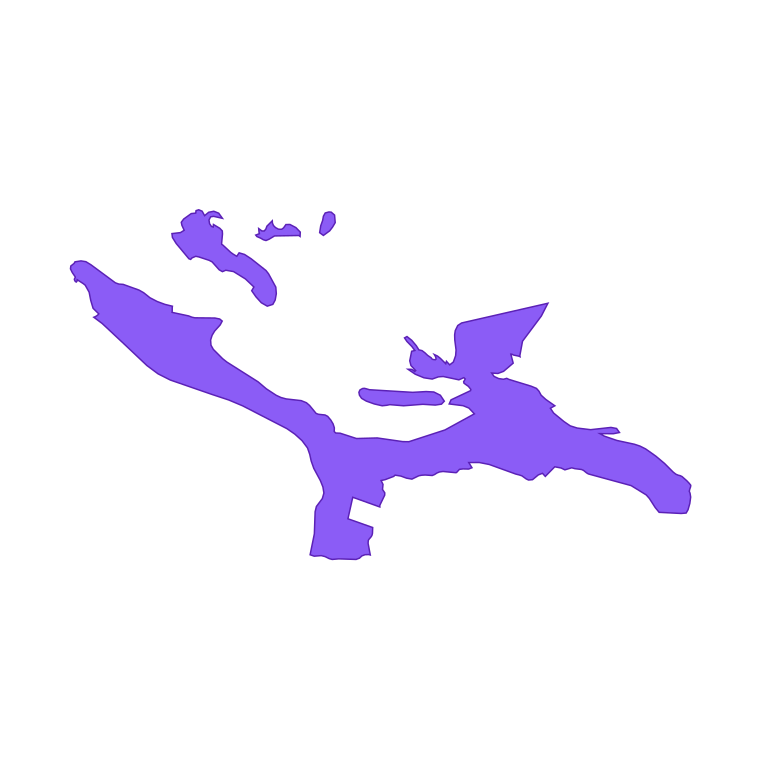 Quezon, Equal Earth projection, rotated 315°
{"feature_id": "PHL-2572", "entity_name": "Quezon", "entity_type": "Province", "adm_level": 1, "iso_a3": "PHL", "parent_name": "Philippines", "parent_adm1": "", "projection": "equal_earth", "projection_center": [122.011, 14.191], "detail": "fine", "context": "isolated", "style": "filled", "palette": "violet", "viewbox_px": 768, "rotation_deg": 315, "n_neighbors": 0, "source": "natural_earth", "source_scale": "10m", "svg_char_len": 5172}
<svg xmlns="http://www.w3.org/2000/svg" viewBox="0 0 768 768"><g transform="rotate(315 384 384)"><path d="M251.9,79.1L256.8,82.7L259.7,86.7L261.1,92.5L265.6,122.5L267.2,125.9L270.0,129.1L277.2,144.4L278.6,149.5L279.5,157.5L282.0,165.4L285.4,172.8L289.4,179.4L288.2,180.3L285.9,182.6L284.8,183.5L294.0,197.7L295.4,200.9L297.1,203.5L311.1,217.8L313.8,221.9L314.1,225.1L309.9,226.4L301.8,226.8L296.9,228.0L292.5,230.3L289.1,234.2L287.8,238.8L287.8,252.0L288.4,257.3L296.5,293.4L297.4,304.2L299.8,315.8L301.6,320.7L304.3,325.4L313.7,337.2L315.9,342.4L316.2,346.5L315.2,356.8L316.2,359.0L320.4,364.2L321.3,367.0L320.9,371.8L319.8,376.2L317.9,379.9L315.2,382.4L315.2,384.5L318.2,387.8L326.0,403.1L341.1,417.4L356.6,438.1L360.8,442.4L394.6,459.6L426.8,469.0L427.0,461.0L424.6,455.3L416.0,444.2L420.2,442.6L440.5,449.9L441.6,449.2L442.0,445.3L441.1,440.1L441.9,438.7L445.0,437.9L445.0,436.0L439.9,434.0L431.2,420.6L427.5,417.4L421.6,414.6L416.6,407.8L413.0,399.1L411.4,390.6L413.7,392.9L414.2,394.2L414.6,396.9L415.9,396.9L416.1,390.0L418.6,385.8L426.7,380.4L429.5,382.1L430.2,377.1L430.3,370.1L431.1,365.9L433.8,366.7L434.5,372.7L433.9,379.8L432.8,384.5L434.5,387.3L435.0,390.8L435.1,394.7L435.9,398.8L435.6,399.9L435.9,401.2L437.4,403.1L438.4,403.2L439.4,401.9L440.1,400.1L440.4,398.8L441.6,402.1L442.0,405.7L442.0,413.3L444.2,412.1L444.0,416.9L448.6,417.5L454.7,414.6L459.0,410.9L465.2,402.9L468.7,399.2L472.2,396.6L477.5,394.8L482.0,395.7L557.0,442.8L543.3,447.2L512.2,451.7L500.1,460.0L499.5,460.9L499.0,459.6L496.1,455.2L495.5,453.4L494.8,452.6L490.1,460.6L477.5,459.6L472.0,457.1L467.9,452.4L467.2,456.5L468.9,461.2L471.8,465.1L474.8,466.8L475.6,469.1L486.5,489.6L488.7,494.9L488.5,498.6L487.2,503.0L487.5,509.4L489.4,520.2L484.5,518.8L483.4,524.5L484.7,537.8L486.1,545.3L489.5,551.8L497.8,562.4L513.8,575.2L517.0,579.9L516.2,584.8L511.1,581.4L501.6,571.8L502.9,576.6L508.7,588.5L518.5,603.7L521.1,608.9L523.1,614.9L525.2,627.2L526.2,638.5L526.2,650.8L526.6,654.1L527.5,656.4L528.6,658.2L529.3,660.2L529.7,666.5L529.6,670.0L529.3,672.5L528.1,673.5L526.0,674.5L524.0,675.7L523.2,677.6L520.9,680.8L515.8,684.7L510.1,687.9L506.4,688.9L502.6,685.7L487.8,669.3L488.4,663.2L490.7,652.6L491.0,647.9L486.9,630.6L464.9,592.1L464.4,590.1L464.0,586.2L463.2,584.1L459.0,578.7L457.5,576.0L451.2,572.6L449.8,568.6L446.2,563.3L432.7,563.4L432.9,559.2L428.9,557.4L421.4,556.7L418.3,554.1L417.4,551.6L416.6,546.5L415.3,543.9L413.5,540.9L401.5,515.3L395.8,506.8L388.4,499.5L387.0,505.4L383.7,504.0L379.9,500.0L377.0,497.7L372.7,497.9L371.9,497.3L363.9,487.6L361.0,485.4L358.3,484.3L355.8,483.8L353.4,482.8L348.8,477.5L346.2,475.2L343.7,473.5L336.5,471.0L333.3,466.4L330.8,461.0L327.4,456.3L325.5,456.2L317.1,452.4L313.7,450.2L312.3,454.3L308.4,457.5L307.6,461.5L305.9,463.1L295.3,466.8L294.1,468.0L281.8,442.0L263.2,453.8L274.5,477.5L270.3,481.4L268.7,482.4L267.1,482.9L263.3,483.2L262.3,483.5L260.1,485.4L253.4,495.2L252.6,493.8L249.9,491.3L246.8,489.9L243.5,489.8L240.2,488.3L228.4,475.7L223.3,471.4L221.8,468.8L220.3,464.4L218.3,461.0L212.9,456.4L211.0,452.5L228.8,440.7L245.0,425.6L249.6,422.8L259.4,421.4L264.4,418.6L268.0,413.6L270.7,407.3L274.7,394.0L278.1,386.9L281.7,381.3L284.7,375.1L286.0,366.0L285.5,356.4L283.8,347.0L268.6,299.5L262.9,285.5L256.2,272.2L254.9,269.6L235.7,230.1L231.4,217.0L229.4,203.3L228.6,174.5L227.5,141.9L226.0,131.6L227.4,132.2L228.9,132.6L230.4,132.8L231.9,132.7L231.8,124.8L235.7,117.6L240.4,110.6L242.6,102.9L242.3,100.3L240.8,93.3L240.3,93.7L239.4,94.3L238.5,94.3L238.2,93.2L238.8,91.3L239.8,90.6L240.9,90.4L241.4,90.0L242.4,84.7L243.7,80.9L246.0,79.1L250.1,79.6L251.9,79.1L251.9,79.1ZM376.2,138.1L381.5,138.6L385.8,141.5L387.9,146.3L386.9,152.6L382.1,145.0L379.6,143.2L376.2,144.3L374.0,147.3L373.4,150.6L374.2,152.2L376.2,150.6L378.0,157.8L377.9,161.4L375.9,163.7L368.8,169.6L368.0,170.5L368.3,171.9L368.7,182.6L369.2,185.6L370.2,189.6L374.3,188.8L377.0,193.8L378.6,201.4L380.8,220.3L380.3,224.4L376.0,239.0L371.7,244.0L366.4,247.7L361.7,249.1L356.5,246.4L354.7,239.8L355.1,231.8L356.4,224.5L360.6,223.4L360.3,211.7L357.1,198.1L352.6,191.7L349.2,190.3L348.2,186.7L348.8,176.1L347.8,172.9L342.9,163.2L341.2,160.6L337.5,159.1L335.4,159.2L334.6,157.5L336.4,137.7L338.0,130.8L340.4,127.7L347.1,133.0L351.4,134.0L353.3,128.9L355.0,126.3L359.0,125.7L368.2,127.2L371.7,130.0L373.7,128.5L376.2,129.8L377.6,133.2L376.2,138.1ZM398.4,410.2L408.4,419.1L413.6,424.9L415.9,431.8L414.5,438.8L410.4,438.9L405.4,435.2L397.1,425.8L382.5,413.3L373.5,402.7L370.9,401.0L367.3,398.1L363.0,391.2L359.4,383.6L358.0,378.3L358.7,374.6L360.4,372.1L362.8,371.2L365.6,372.0L367.0,373.1L367.9,374.5L369.7,377.8L398.4,410.2ZM427.4,201.9L430.3,204.7L432.3,211.1L432.2,217.4L429.0,220.3L428.8,218.8L411.3,201.9L405.2,200.4L402.0,199.1L400.7,196.7L399.8,193.4L398.4,189.9L398.6,188.0L402.2,189.6L402.8,188.5L405.3,185.5L405.9,189.5L407.5,191.1L410.0,190.9L412.8,189.6L420.4,189.6L418.9,191.3L417.9,193.8L417.9,196.7L418.9,200.0L421.0,202.2L423.3,202.6L427.4,201.9ZM466.7,223.4L468.2,225.2L468.5,229.6L463.6,235.4L458.5,236.7L453.9,237.3L446.2,236.1L445.5,231.5L451.1,227.4L456.2,225.0L459.8,222.5L463.4,221.5L466.7,223.4Z" fill="#8b5cf6" stroke="#5b21b6" stroke-width="1.5"/></g></svg>